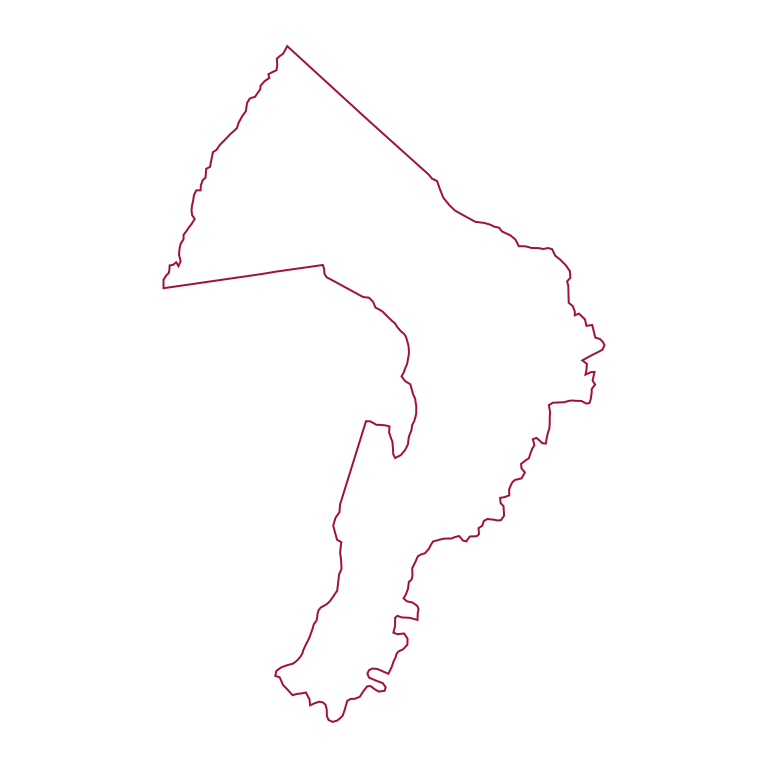 outline of Pires do Rio, Goiás, Brazil
{"feature_id": "56859067B52460310339831", "entity_name": "Pires do Rio", "entity_type": "district", "adm_level": 2, "iso_a3": "BRA", "parent_name": "Brazil", "parent_adm1": "Goiás", "projection": "mercator", "projection_center": [-48.385, -17.309], "detail": "fine", "context": "isolated", "style": "outline", "palette": "rose", "viewbox_px": 768, "rotation_deg": 0, "n_neighbors": 0, "source": "geoboundaries", "source_scale": "gbopen_adm2", "svg_char_len": 4252}
<svg xmlns="http://www.w3.org/2000/svg" viewBox="0 0 768 768"><path d="M310.1,705.3L314.3,703.4L319.2,701.7L322.9,702.4L325.6,704.9L326.7,709.4L326.9,716.2L328.6,720.0L332.7,721.9L337.2,720.5L340.3,718.1L342.6,715.7L344.4,710.8L347.2,701.0L350.6,698.9L354.4,698.9L359.8,696.8L363.4,691.1L367.2,686.3L370.6,686.1L374.9,689.4L378.9,691.6L384.6,690.8L385.7,687.3L382.8,683.2L375.5,680.4L369.0,677.6L367.4,673.6L369.0,670.2L372.4,668.5L377.4,669.0L388.4,673.8L391.6,667.2L393.9,660.6L395.6,657.4L396.5,653.9L398.4,651.5L403.2,649.2L407.4,644.6L407.5,638.5L404.1,633.5L397.5,634.2L393.4,632.7L395.1,625.9L395.1,617.9L397.4,615.8L401.6,617.4L409.6,617.8L417.5,619.9L417.8,612.6L418.6,609.1L417.2,605.8L412.5,602.5L406.9,601.3L403.6,598.4L405.9,594.3L407.9,589.1L408.9,581.9L411.6,579.5L412.5,575.6L412.2,568.3L415.3,562.1L417.8,556.3L421.1,554.4L424.9,553.3L429.1,548.6L430.7,545.1L433.0,541.5L440.6,539.4L444.2,538.6L451.5,538.5L455.1,537.0L459.1,536.0L462.9,540.5L466.3,541.4L469.8,536.5L476.7,536.2L479.0,534.2L478.5,528.2L482.3,525.7L483.8,521.0L487.3,519.0L493.9,519.7L497.9,520.5L501.0,520.1L504.1,515.6L503.5,506.1L500.6,503.1L500.1,497.9L504.7,497.1L509.3,495.3L509.1,489.6L510.7,485.5L512.5,482.0L515.1,479.9L521.5,478.4L524.9,472.4L521.5,468.4L521.1,463.9L525.1,460.7L528.9,458.2L530.3,453.9L532.1,449.0L534.4,445.2L532.9,439.2L536.4,437.9L539.8,440.7L542.2,443.2L545.8,443.6L546.9,437.2L547.9,432.9L549.3,428.8L549.7,423.8L549.7,417.7L550.1,412.6L548.9,405.1L553.0,402.7L558.4,402.5L564.3,402.2L568.4,401.0L571.4,400.5L576.0,400.8L581.4,401.0L586.4,403.6L589.5,403.0L590.7,399.1L591.6,393.4L591.8,388.9L595.1,384.5L592.6,380.6L594.5,371.9L591.1,372.1L585.5,374.6L586.4,370.1L586.9,363.9L582.3,360.4L590.8,355.7L597.4,352.4L602.5,349.7L604.5,345.2L603.0,342.1L599.9,339.0L595.3,337.6L592.2,325.0L586.4,325.8L585.0,319.4L578.9,313.6L574.8,315.3L574.8,311.6L572.9,306.3L568.7,302.7L568.3,285.9L567.1,281.4L570.4,277.7L569.9,271.3L566.1,265.6L560.5,259.9L555.1,255.6L552.2,249.3L548.3,248.0L543.3,249.0L538.6,248.1L531.7,248.0L526.0,246.4L522.4,246.2L518.8,246.2L515.4,239.5L510.3,235.3L501.9,231.4L499.0,227.6L494.3,226.7L490.2,224.6L484.0,222.9L475.3,221.8L469.7,218.7L463.2,215.2L454.9,210.5L449.3,205.1L443.2,197.5L439.8,188.9L437.1,181.1L432.0,178.6L428.7,174.6L419.1,166.0L384.7,135.1L366.3,118.5L356.0,109.1L287.2,46.1L284.8,50.7L282.9,54.0L280.1,55.8L276.9,58.6L277.3,65.0L276.5,70.2L272.0,72.3L268.4,74.2L269.3,78.0L264.6,81.1L260.5,85.9L260.3,89.2L255.0,96.8L249.9,98.4L247.1,102.8L245.8,111.3L242.2,116.1L238.5,123.0L236.9,128.2L230.1,134.3L225.3,139.4L219.5,145.3L216.6,149.8L212.9,152.2L210.0,166.9L206.2,168.8L205.5,177.6L202.6,180.3L200.8,185.6L200.6,190.3L196.3,190.3L194.0,195.0L193.0,201.5L192.0,205.5L191.5,210.7L192.2,215.3L194.7,218.9L191.5,224.1L188.6,227.8L186.6,230.9L183.6,234.7L183.5,239.3L180.7,243.7L179.6,248.1L179.0,254.5L180.6,261.2L178.5,266.1L176.2,262.3L173.0,264.9L169.7,265.4L169.4,269.4L168.9,272.8L166.1,275.6L163.5,279.9L163.5,288.2L262.6,273.9L276.1,271.6L296.7,268.7L322.8,265.0L324.1,268.8L324.4,273.7L326.7,277.3L333.7,281.0L363.0,297.0L369.0,297.7L373.1,301.8L375.4,307.5L379.7,309.8L382.7,311.7L385.9,314.9L391.4,320.3L395.1,323.5L397.4,327.2L401.0,331.4L403.8,333.6L405.8,336.5L407.1,340.5L408.5,345.9L408.9,350.7L408.9,354.0L407.1,364.0L405.3,368.0L403.8,372.3L401.5,376.4L405.0,381.0L410.3,384.3L411.6,388.9L413.0,394.1L415.2,398.9L415.7,403.0L416.3,406.3L416.2,413.4L415.4,417.2L414.2,421.2L412.2,424.9L411.4,430.4L409.4,435.2L408.6,438.3L407.9,444.4L405.1,450.0L400.8,455.1L395.1,458.0L393.3,454.4L393.1,450.6L392.4,441.6L391.1,438.5L389.1,432.3L389.5,426.5L385.5,425.4L380.2,424.9L376.6,424.9L370.5,421.4L366.0,421.2L340.0,504.7L339.5,512.1L335.4,518.0L333.2,525.6L337.0,539.7L341.3,542.2L340.1,552.4L341.1,560.3L341.5,568.9L339.1,574.4L337.2,590.6L332.6,597.4L329.8,601.3L326.7,604.2L320.8,607.5L318.4,610.5L317.5,614.1L317.2,617.4L316.4,620.9L313.8,624.2L312.6,628.7L309.5,637.3L308.0,640.4L306.0,644.3L303.2,650.3L302.4,653.4L300.1,657.2L296.5,661.0L293.1,663.6L289.8,664.5L285.4,665.8L280.8,667.6L276.3,671.0L275.3,675.9L279.6,677.3L281.0,680.2L282.9,684.8L287.3,689.4L292.6,695.2L296.9,693.9L301.0,693.5L305.9,692.5L309.5,699.3L310.1,705.3Z" fill="none" stroke="#9f1239" stroke-width="2"/></svg>